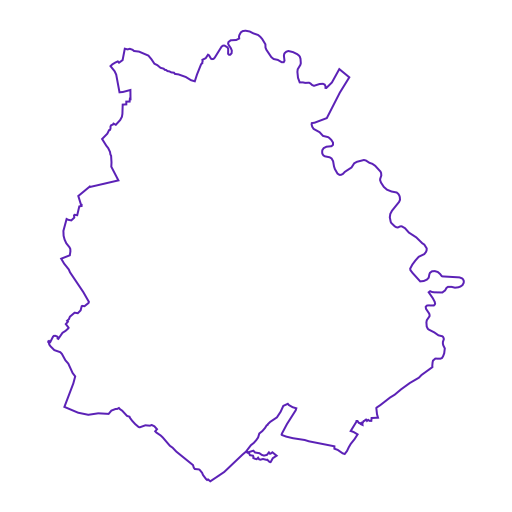 Comarna, Iasi, Romania (Mercator projection)
{"feature_id": "2599482B53302067046585", "entity_name": "Comarna", "entity_type": "district", "adm_level": 2, "iso_a3": "ROU", "parent_name": "Romania", "parent_adm1": "Iasi", "projection": "mercator", "projection_center": [27.796, 47.075], "detail": "fine", "context": "isolated", "style": "outline", "palette": "violet", "viewbox_px": 512, "rotation_deg": 0, "n_neighbors": 0, "source": "geoboundaries", "source_scale": "gbopen_adm2", "svg_char_len": 5938}
<svg xmlns="http://www.w3.org/2000/svg" viewBox="0 0 512 512"><path d="M433.0,360.6L435.3,358.6L440.4,358.7L442.0,358.0L443.1,356.2L444.2,353.3L444.8,348.4L443.3,345.4L442.9,343.8L442.9,341.9L443.8,339.3L443.7,338.3L443.1,337.0L442.4,336.3L438.4,335.3L434.3,332.4L429.0,329.7L427.8,328.8L426.7,326.5L426.4,322.4L426.8,320.2L429.5,316.3L429.6,315.1L429.2,313.6L426.0,308.8L425.7,306.9L426.7,305.7L427.9,305.4L433.8,305.5L434.8,304.5L435.1,303.7L434.7,301.8L432.8,298.2L428.7,292.3L430.1,291.2L432.0,292.0L434.2,292.3L442.3,292.5L445.1,290.4L446.5,287.9L447.9,286.9L451.7,286.9L455.0,287.7L458.3,287.3L460.5,286.5L462.5,285.1L463.7,282.8L463.8,281.0L463.1,279.4L462.1,278.4L459.5,277.4L442.4,276.4L441.7,276.1L440.1,274.0L437.8,272.0L434.8,271.1L432.0,271.3L430.0,272.8L429.4,274.2L428.7,277.7L426.9,279.6L423.8,281.0L420.2,281.4L412.6,273.0L410.4,270.1L410.2,268.6L412.4,264.5L415.4,260.5L418.7,256.8L424.3,254.1L426.0,251.9L426.6,250.3L426.7,248.4L424.3,244.6L422.2,243.2L416.3,237.4L408.9,232.6L405.0,228.2L401.7,226.3L400.2,226.4L397.8,227.5L396.2,227.2L394.7,226.3L391.3,223.0L390.7,221.8L389.8,217.3L390.3,213.9L392.0,210.7L399.1,201.9L400.0,199.8L399.8,197.1L399.3,195.5L398.3,193.9L396.7,192.5L391.5,191.5L387.0,189.7L383.8,186.9L381.0,182.6L380.1,180.1L380.2,178.8L381.3,175.5L381.1,173.0L380.5,171.6L375.2,165.8L372.3,163.8L369.4,162.8L365.9,160.5L363.9,160.0L356.9,161.8L354.2,163.3L351.5,167.5L344.9,171.8L342.8,174.0L340.8,174.9L339.5,174.9L337.5,173.6L334.9,169.1L334.0,166.4L333.1,161.2L331.6,158.5L329.7,157.3L324.8,156.3L323.4,155.4L322.6,154.2L322.2,153.1L322.2,151.0L322.4,150.0L323.7,148.1L326.5,146.7L331.5,146.2L333.0,144.8L333.0,142.6L331.3,139.9L329.1,137.8L328.0,137.1L323.0,135.9L319.6,132.2L313.6,128.9L312.2,126.7L311.6,124.4L311.8,123.1L314.6,122.7L326.8,118.1L339.9,92.5L349.3,77.3L339.3,69.1L331.9,82.5L326.3,88.0L325.5,87.9L325.5,86.3L324.7,84.6L322.9,83.8L319.6,84.0L314.0,85.8L312.1,85.0L310.5,83.5L309.0,82.7L305.3,82.9L302.9,82.4L299.7,82.4L298.0,77.8L297.4,71.9L297.7,69.3L300.4,64.8L300.8,63.2L300.5,58.8L299.8,56.6L299.1,55.7L297.3,54.2L293.0,52.1L288.4,51.0L286.3,51.7L284.7,53.1L284.2,54.0L283.9,55.8L284.5,60.7L283.7,62.2L281.7,62.2L277.8,59.9L273.6,59.0L271.3,57.1L266.4,49.8L265.5,47.6L265.4,44.3L262.2,39.0L260.3,36.8L258.1,35.0L253.2,33.3L249.7,31.5L245.5,30.7L242.7,31.1L240.9,32.3L239.4,35.0L239.0,36.5L239.2,38.5L236.2,40.0L230.7,40.3L228.5,42.0L228.1,43.4L228.4,44.5L230.9,48.3L231.8,50.6L231.6,53.2L230.3,54.7L229.1,54.8L228.1,53.8L228.2,48.9L227.5,47.4L224.6,45.6L223.1,45.6L221.6,46.6L214.7,57.7L213.5,58.9L212.0,59.1L211.0,58.7L209.0,55.3L208.0,54.7L205.7,58.2L202.4,59.8L202.6,61.4L202.2,62.7L202.3,63.2L201.3,64.0L200.8,65.0L197.0,74.5L194.8,81.3L191.0,80.2L185.8,77.0L178.5,74.4L174.9,73.9L174.0,72.7L171.3,72.4L169.4,71.4L167.5,71.1L166.1,70.0L164.7,69.8L163.7,68.7L160.5,67.8L157.4,65.2L154.4,63.7L151.4,59.2L148.4,55.6L139.0,51.6L134.0,51.0L132.6,49.8L129.8,48.8L127.6,49.4L124.8,48.7L122.6,60.1L119.0,62.7L117.8,61.4L115.4,62.5L112.4,64.3L110.5,66.1L114.6,71.2L116.2,74.6L119.5,92.3L122.8,92.0L130.4,90.0L130.5,99.0L129.9,98.8L129.6,101.6L126.3,101.6L126.3,104.4L122.7,104.6L122.4,113.9L121.9,116.8L120.2,120.0L115.8,124.8L113.5,123.6L113.0,124.5L111.1,125.3L110.5,126.5L110.5,128.5L110.0,129.9L109.1,130.1L107.3,133.7L102.1,139.0L106.3,145.7L108.2,148.1L110.0,151.9L110.4,154.4L111.1,155.8L111.5,162.5L111.3,166.7L118.4,180.4L89.9,187.0L89.7,186.6L78.3,196.0L81.0,204.7L81.6,204.8L81.6,206.0L79.3,206.4L77.2,215.2L74.5,214.8L74.0,215.5L74.3,217.4L74.1,217.8L71.3,220.4L68.2,219.8L66.6,219.0L63.4,230.9L63.6,235.8L64.6,239.6L66.3,243.3L69.5,247.3L70.3,249.0L70.4,251.4L69.8,255.3L61.2,258.7L64.1,263.6L68.8,269.5L70.0,272.3L83.3,292.1L88.9,301.9L88.5,303.0L84.5,306.2L82.2,305.9L81.7,306.2L80.6,310.4L77.8,313.2L74.6,312.7L69.9,316.7L68.9,319.2L67.1,320.8L67.9,321.7L65.8,324.1L68.6,327.7L68.4,328.3L65.5,330.9L62.5,332.8L58.3,338.9L57.6,338.5L57.8,337.2L57.1,336.5L55.3,335.8L53.8,335.9L53.0,336.7L50.3,342.0L49.0,340.9L48.3,341.3L48.2,342.0L48.8,342.7L49.3,344.6L50.5,346.3L54.3,350.1L60.3,352.2L61.9,353.9L65.4,360.3L68.3,363.6L72.6,373.0L75.2,376.4L73.3,383.5L64.4,406.9L78.1,412.7L88.3,414.8L98.3,413.3L108.6,413.9L111.4,410.6L115.5,409.0L117.3,408.9L118.9,408.0L120.0,409.2L122.2,410.7L127.0,415.9L129.5,416.7L130.0,417.9L132.0,420.6L135.2,424.1L138.6,427.0L139.8,427.3L145.4,425.3L149.9,425.7L151.7,425.0L154.4,426.3L157.0,429.2L155.2,431.3L156.3,432.5L160.7,435.5L162.8,437.5L169.9,445.8L172.6,447.7L176.3,451.6L193.0,465.1L193.8,467.7L194.8,469.0L198.9,469.4L199.7,469.9L202.1,472.8L203.0,475.0L206.0,479.0L207.1,480.0L208.0,479.4L210.3,481.3L224.2,472.0L242.5,454.6L245.9,451.7L247.7,452.8L248.6,452.5L250.0,455.2L253.0,455.7L253.4,456.6L253.3,458.0L254.8,458.7L256.7,459.2L258.1,457.7L259.1,459.3L260.3,459.7L263.0,459.0L266.6,459.9L267.3,459.7L269.0,461.5L270.2,462.2L270.7,462.0L272.8,458.2L276.6,455.7L272.4,452.3L270.5,453.7L269.8,453.7L268.9,452.4L266.9,454.9L264.0,455.6L261.8,454.9L259.4,453.2L255.0,452.5L253.4,450.7L248.2,452.3L246.3,451.2L250.9,445.2L253.8,442.9L256.2,440.2L258.1,437.5L259.3,433.5L262.3,431.1L265.0,428.0L266.7,425.3L267.6,424.9L268.0,424.0L270.3,421.8L276.9,417.4L280.6,411.8L283.3,405.9L287.8,403.8L288.8,405.0L292.6,407.2L296.3,408.3L295.7,410.3L287.0,424.0L281.9,433.6L281.6,434.7L281.9,435.0L286.2,436.6L292.9,438.2L304.7,440.0L308.9,441.3L334.4,446.3L334.4,448.7L337.7,449.9L342.6,453.3L344.7,454.0L347.0,451.0L348.8,447.2L350.8,443.8L354.5,439.2L357.6,434.4L353.6,432.0L350.7,431.0L356.3,421.9L356.5,421.0L357.5,421.0L358.8,422.9L360.3,423.1L360.5,424.0L362.5,424.9L362.2,422.6L362.8,422.6L363.6,421.1L364.6,420.8L365.6,419.7L366.3,419.6L367.0,420.9L368.2,419.9L369.6,420.9L371.3,420.9L371.6,418.0L378.0,417.7L377.0,414.2L376.3,408.0L376.9,407.4L380.2,405.2L390.1,397.5L394.7,394.7L401.0,389.4L409.8,383.0L418.9,377.7L421.5,375.0L432.4,367.1L432.3,365.5L432.6,362.3L433.0,360.6Z" fill="none" stroke="#5b21b6" stroke-width="2"/></svg>